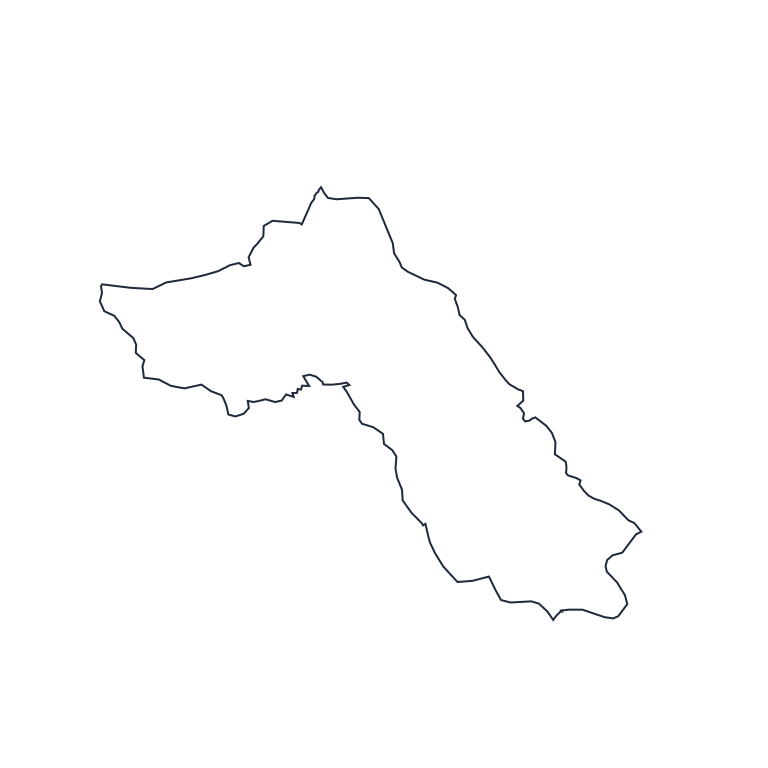 the district of Lelouma, Lélouma, Guinea, rotated 288°
{"feature_id": "49546643B79531384041877", "entity_name": "Lelouma", "entity_type": "district", "adm_level": 2, "iso_a3": "GIN", "parent_name": "Guinea", "parent_adm1": "Lélouma", "projection": "equal_earth", "projection_center": [-12.691, 11.514], "detail": "fine", "context": "isolated", "style": "outline", "palette": "slate", "viewbox_px": 768, "rotation_deg": 288, "n_neighbors": 0, "source": "geoboundaries", "source_scale": "gbopen_adm2", "svg_char_len": 2609}
<svg xmlns="http://www.w3.org/2000/svg" viewBox="0 0 768 768"><g transform="rotate(288 384 384)"><path d="M211.9,617.8L217.2,619.6L222.4,622.4L222.5,623.3L223.3,622.4L226.6,629.8L230.7,642.4L230.4,665.9L231.9,674.4L235.4,678.5L249.8,683.4L257.6,678.4L267.3,667.0L274.4,653.9L279.1,651.0L285.5,650.6L291.6,654.2L297.2,662.7L318.8,670.1L323.1,674.4L329.1,665.1L329.9,658.6L336.4,646.4L339.1,635.8L339.9,625.7L339.8,619.6L341.1,612.9L344.1,607.3L348.7,600.8L353.1,600.7L354.0,595.8L353.9,587.3L355.6,584.6L359.6,583.7L363.1,582.5L366.3,580.7L370.0,568.2L375.7,566.7L381.7,565.0L389.3,558.9L394.3,551.4L396.6,545.1L399.0,538.2L396.7,535.3L394.4,534.0L392.0,529.9L394.1,526.7L399.4,526.3L403.4,521.0L404.3,517.6L411.2,521.6L420.1,518.4L420.4,512.8L422.6,503.1L425.4,498.3L431.1,489.8L436.6,483.5L442.2,476.7L449.1,466.6L455.3,455.6L456.7,453.5L462.8,446.4L466.0,444.0L470.1,440.9L472.9,434.6L479.7,430.6L486.9,425.0L490.7,425.1L491.5,423.6L495.0,415.3L496.9,403.6L495.7,390.1L498.1,372.0L500.4,364.8L504.9,361.0L511.4,353.2L520.7,348.8L533.3,338.0L538.1,334.0L548.8,324.9L556.1,312.1L553.1,301.7L545.1,282.0L543.6,273.3L547.1,268.1L551.7,263.4L550.0,262.7L548.4,262.0L546.6,262.2L545.0,260.9L542.9,260.3L541.3,259.8L539.8,260.3L538.0,260.3L536.3,259.8L534.4,259.0L532.6,258.6L531.0,258.6L516.4,257.1L510.4,256.5L511.0,253.8L504.8,227.6L497.2,220.8L487.2,223.6L478.0,220.1L473.3,217.8L468.3,217.0L462.7,216.1L456.1,220.2L452.7,214.3L454.2,208.6L449.5,200.9L440.0,191.3L432.1,179.7L424.8,167.7L413.3,145.5L402.8,134.6L397.2,113.4L391.7,85.2L389.7,84.6L383.3,87.7L374.8,88.2L366.8,95.5L365.5,106.4L361.1,113.0L355.7,118.1L350.3,131.3L344.9,136.1L336.9,138.3L332.6,148.7L326.0,148.9L319.7,151.9L315.8,153.7L318.7,168.3L316.4,181.8L317.2,188.2L318.2,195.6L327.0,210.6L323.7,221.7L323.1,233.1L320.9,235.6L314.7,240.8L306.9,245.4L307.2,252.6L312.3,259.7L319.3,262.9L325.8,259.7L326.6,265.5L328.9,269.7L332.9,276.1L333.2,286.0L336.6,291.8L343.8,294.1L343.8,302.1L347.1,299.7L348.7,304.0L352.6,303.5L353.0,306.7L357.1,306.7L359.0,313.4L366.5,304.8L369.9,310.4L370.0,317.2L366.7,325.2L364.7,326.3L367.2,334.5L370.7,342.5L373.8,348.0L372.3,351.3L368.7,346.1L365.2,350.8L355.1,361.9L349.9,369.5L342.3,371.6L339.4,375.4L339.6,387.1L336.3,398.4L327.0,402.5L323.6,412.4L318.8,418.2L307.0,421.1L299.0,425.4L289.0,433.8L279.1,437.7L270.0,450.0L263.4,462.7L261.6,464.9L263.8,466.6L253.3,472.9L247.2,476.9L238.9,484.8L228.5,497.1L218.4,515.1L224.2,529.1L233.3,543.3L222.1,554.1L214.7,562.1L215.3,571.8L218.4,579.9L222.8,591.2L223.0,599.2L218.0,609.9L212.2,617.4L211.9,617.8Z" fill="none" stroke="#1e293b" stroke-width="2"/></g></svg>